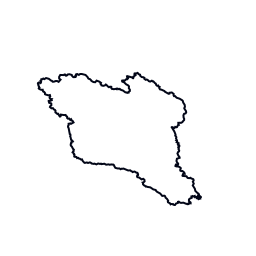 Puta-O, Kachin, Myanmar, rotated 305°
{"feature_id": "60261553B82845282425117", "entity_name": "Puta-O", "entity_type": "district", "adm_level": 2, "iso_a3": "MMR", "parent_name": "Myanmar", "parent_adm1": "Kachin", "projection": "equal_earth", "projection_center": [97.732, 27.257], "detail": "fine", "context": "isolated", "style": "outline", "palette": "ink", "viewbox_px": 256, "rotation_deg": 305, "n_neighbors": 0, "source": "geoboundaries", "source_scale": "gbopen_adm2", "svg_char_len": 5830}
<svg xmlns="http://www.w3.org/2000/svg" viewBox="0 0 256 256"><g transform="rotate(305 128 128)"><path d="M179.5,161.1L180.5,158.6L181.6,157.4L181.8,156.5L181.6,153.5L180.7,150.5L181.1,148.2L180.5,147.4L181.0,146.5L182.1,145.9L182.2,143.5L180.7,141.8L179.9,142.2L179.3,141.6L178.9,137.4L179.2,136.7L178.6,133.5L178.0,132.1L178.5,130.9L179.8,130.3L179.4,129.4L180.1,128.4L179.3,127.7L179.4,126.5L180.3,125.3L180.2,124.4L180.7,122.3L180.7,121.8L180.3,121.5L180.4,120.4L178.7,119.5L178.3,118.1L178.6,117.3L178.5,115.5L177.6,114.8L177.7,113.1L178.5,112.7L178.4,111.5L177.6,110.0L177.8,108.0L178.6,107.3L178.2,105.9L178.6,104.8L178.5,104.0L177.5,103.8L176.8,102.4L176.4,102.1L175.7,102.4L175.4,103.8L173.1,102.9L172.6,102.9L172.5,103.5L171.8,103.7L171.6,103.4L171.7,102.1L170.1,97.7L169.8,97.5L168.9,98.4L168.9,99.5L168.5,99.6L167.9,99.2L167.4,99.3L167.0,98.6L165.1,98.2L164.3,96.9L163.5,96.0L163.1,96.1L162.7,96.8L163.2,98.5L162.7,101.5L163.0,103.5L162.7,104.9L161.0,105.9L160.5,107.5L159.4,108.3L158.0,107.7L157.4,108.2L156.3,107.2L156.3,106.5L155.7,105.4L155.8,102.2L155.2,100.6L155.3,98.8L154.6,98.5L154.3,96.9L153.9,96.3L153.3,96.5L153.1,95.6L151.6,94.1L151.3,93.1L150.8,92.6L151.0,91.6L151.4,91.1L152.1,90.8L152.1,90.4L151.4,89.5L150.5,89.0L150.5,87.5L150.8,86.5L150.9,84.9L149.7,84.7L148.3,83.5L147.7,81.8L148.1,81.4L148.4,80.1L149.5,80.0L149.5,77.8L148.8,75.1L146.7,74.9L145.8,73.3L145.6,71.0L146.0,70.2L146.2,68.7L145.9,68.1L145.8,67.0L146.5,65.8L147.1,62.8L145.7,59.1L144.8,57.8L143.3,57.3L143.1,55.5L142.3,54.7L140.8,54.9L140.9,55.6L139.7,55.8L138.5,54.4L138.3,53.8L138.7,52.0L139.2,51.5L138.5,49.3L137.4,48.0L136.3,47.9L135.3,47.3L135.2,46.9L135.8,46.2L135.7,45.7L135.4,45.3L135.0,45.4L134.5,45.0L132.6,42.1L130.3,42.3L129.0,43.3L128.9,45.0L126.0,44.7L125.8,42.9L124.7,41.5L124.1,41.3L122.8,40.0L122.7,39.6L123.0,38.7L122.7,37.8L122.9,35.0L121.9,32.2L120.1,31.5L119.9,30.2L118.9,30.0L118.3,29.1L117.8,29.4L116.6,29.2L116.1,30.3L115.0,30.7L114.4,30.4L114.8,29.8L114.2,28.9L113.3,28.5L112.7,28.7L111.8,30.0L111.3,30.3L111.0,31.3L110.3,31.8L110.3,32.2L109.3,32.1L109.1,32.5L109.3,34.3L109.8,35.5L110.4,36.2L109.4,37.2L109.2,37.9L109.5,38.4L109.2,39.7L108.1,40.6L108.1,41.0L109.1,44.1L110.2,45.1L109.3,46.2L108.1,46.2L107.4,47.0L107.3,47.8L107.9,48.9L107.5,48.9L107.0,49.6L105.3,48.5L104.7,47.5L104.4,47.7L103.4,49.0L104.1,50.9L104.0,51.2L102.6,52.2L101.2,51.8L100.4,52.0L100.2,54.0L101.2,55.1L100.7,56.6L100.9,57.9L100.5,58.8L99.3,59.4L99.1,59.9L99.2,60.6L99.0,61.5L99.5,62.4L99.1,62.6L99.3,63.6L98.7,64.4L98.3,65.6L98.7,66.0L99.6,65.9L100.5,65.4L101.9,68.2L102.9,69.4L102.4,70.3L102.4,71.6L101.3,72.4L101.2,73.5L102.0,74.2L101.5,75.7L101.8,76.1L102.6,76.3L102.4,76.8L101.7,77.1L102.0,78.7L101.3,80.2L98.7,78.9L98.8,78.3L97.4,76.9L96.1,77.8L95.5,77.7L94.5,78.2L93.8,79.5L89.6,83.8L89.7,84.4L89.2,85.0L88.0,85.4L87.8,85.9L85.7,88.2L85.7,89.6L85.3,90.6L83.8,89.7L82.9,90.4L82.6,90.1L81.3,90.7L80.8,91.3L80.6,92.6L79.6,94.5L79.2,95.9L78.8,95.8L78.1,96.7L77.1,96.5L76.2,96.6L76.2,97.7L75.9,98.7L75.3,98.9L75.3,99.6L73.8,100.3L73.8,100.7L74.7,102.4L74.1,103.6L75.0,104.4L74.8,105.2L75.2,106.2L75.2,107.7L75.9,108.3L75.0,109.9L74.5,112.3L74.7,112.7L76.2,114.1L76.4,115.3L78.0,116.5L78.2,117.8L78.0,118.5L79.0,120.6L79.6,121.0L80.1,123.0L81.8,123.9L82.5,125.7L83.3,126.3L83.2,127.0L85.2,129.2L85.4,131.1L87.1,133.0L87.4,134.1L88.6,135.2L88.9,136.1L89.5,136.6L89.6,137.2L89.4,138.1L88.9,138.6L88.1,140.5L88.9,142.7L90.0,144.3L90.0,145.6L91.2,146.3L91.5,147.0L92.2,147.6L93.3,152.5L94.6,154.1L94.5,155.6L94.8,156.7L94.6,157.1L96.0,158.2L96.2,159.0L96.2,160.5L96.7,161.4L95.9,162.8L95.4,163.1L95.2,162.7L93.7,163.0L93.1,163.9L93.8,165.5L93.7,168.6L95.1,169.6L95.0,171.1L93.8,172.2L92.4,171.9L91.7,171.3L91.3,172.1L90.5,172.6L90.2,173.9L90.4,174.9L90.2,176.1L90.7,176.5L90.8,177.5L92.2,180.4L92.2,183.9L93.1,186.2L92.6,187.1L92.4,188.4L92.8,192.0L92.0,195.0L93.4,196.6L93.4,197.5L92.5,198.7L92.3,200.6L91.5,202.6L90.6,202.8L90.1,203.4L90.4,205.6L89.9,206.6L90.4,206.8L91.5,208.6L91.2,209.0L91.5,210.1L92.0,210.7L93.5,210.6L95.4,211.9L96.2,211.3L96.8,211.8L96.7,213.0L97.0,214.3L98.6,216.2L99.3,219.2L99.6,219.6L99.6,220.3L100.3,221.1L100.7,220.7L101.3,220.9L102.2,222.5L102.9,222.0L103.1,219.8L104.5,218.9L105.7,219.2L107.3,220.2L108.0,219.5L108.1,219.8L108.6,219.5L109.2,219.7L109.4,220.8L110.1,221.2L109.8,222.1L110.3,222.1L110.1,222.4L110.6,223.2L110.3,223.7L110.6,224.1L110.3,225.1L110.1,225.1L110.5,226.1L110.2,226.6L111.0,227.2L111.0,226.6L111.5,226.5L112.0,227.3L112.9,227.5L113.3,227.3L113.5,226.3L113.1,225.4L112.3,225.2L112.2,224.7L112.4,224.2L113.2,224.0L113.8,224.7L114.4,224.1L114.7,223.2L114.6,222.2L115.1,219.2L116.6,217.6L118.1,214.0L120.1,213.8L121.2,211.9L122.6,211.9L123.4,211.1L123.5,210.6L122.9,208.7L123.1,207.8L122.0,206.9L121.3,205.4L122.0,203.6L120.1,200.2L120.3,199.9L122.0,199.5L123.0,200.7L123.8,199.6L124.0,197.3L123.2,196.3L123.1,195.3L123.6,194.8L125.2,194.4L125.5,194.1L125.6,193.5L125.4,191.5L124.2,189.5L124.1,188.6L125.5,188.2L126.6,189.9L127.0,189.9L127.7,189.4L127.8,188.2L128.8,186.6L130.9,185.7L133.2,187.4L133.7,186.9L134.3,185.0L135.5,183.1L137.4,182.8L138.0,183.2L138.4,183.1L139.1,182.7L139.7,181.4L140.7,181.2L140.9,180.4L141.8,180.5L141.7,180.1L142.2,179.6L142.9,179.8L143.0,179.0L143.3,179.2L143.4,178.6L143.7,178.5L143.8,177.8L144.2,177.3L144.5,177.5L144.4,176.4L144.6,176.5L144.9,176.0L145.3,175.9L145.7,175.2L145.6,174.8L146.1,174.9L147.0,173.3L148.2,172.9L148.7,172.0L148.8,171.1L149.9,170.7L151.7,168.0L153.7,163.4L154.0,163.5L154.7,166.1L156.0,166.0L156.4,167.3L156.8,167.6L159.2,167.3L159.7,167.8L160.3,166.8L161.0,166.7L161.2,166.4L162.3,167.8L162.5,168.4L164.0,169.2L164.7,169.1L166.7,169.4L167.8,168.7L168.4,167.6L170.2,166.1L171.8,165.8L173.0,166.8L174.2,166.7L175.1,165.8L176.2,163.1L176.5,162.7L178.0,162.5L179.5,161.1Z" fill="none" stroke="#020617" stroke-width="2"/></g></svg>